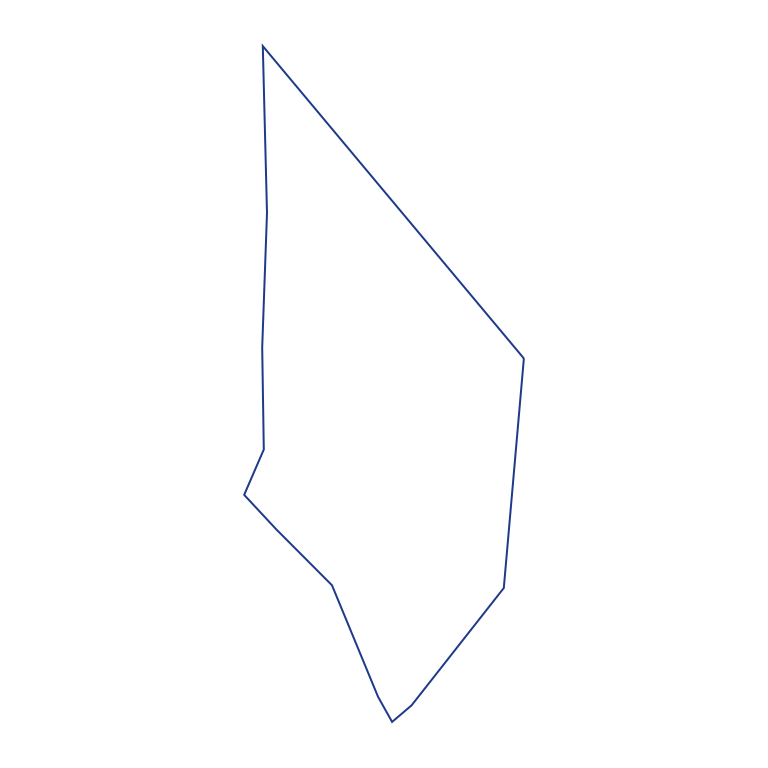 the district of 65, Ad Dawhah, Qatar
{"feature_id": "91078587B33803228876819", "entity_name": "65", "entity_type": "district", "adm_level": 2, "iso_a3": "QAT", "parent_name": "Qatar", "parent_adm1": "Ad Dawhah", "projection": "equal_earth", "projection_center": [51.508, 25.335], "detail": "fine", "context": "isolated", "style": "outline", "palette": "blue", "viewbox_px": 768, "rotation_deg": 0, "n_neighbors": 0, "source": "geoboundaries", "source_scale": "gbopen_adm2", "svg_char_len": 318}
<svg xmlns="http://www.w3.org/2000/svg" viewBox="0 0 768 768"><path d="M244.2,494.8L245.3,496.1L246.7,497.6L276.4,529.5L332.0,585.3L378.1,696.9L392.1,721.9L411.6,705.3L503.8,588.0L523.8,359.3L523.5,358.0L262.8,46.1L267.0,212.9L262.2,347.6L263.8,449.5L244.2,494.8Z" fill="none" stroke="#1e3a8a" stroke-width="2"/></svg>